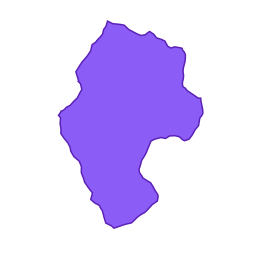 Agdash District, Ağdaş, Azerbaijan (Natural Earth projection), rotated 11°
{"feature_id": "54616110B75800990015815", "entity_name": "Agdash District", "entity_type": "district", "adm_level": 2, "iso_a3": "AZE", "parent_name": "Azerbaijan", "parent_adm1": "Ağdaş", "projection": "natural_earth1", "projection_center": [47.449, 40.556], "detail": "fine", "context": "isolated", "style": "filled", "palette": "violet", "viewbox_px": 256, "rotation_deg": 11, "n_neighbors": 0, "source": "geoboundaries", "source_scale": "gbopen_adm2", "svg_char_len": 1805}
<svg xmlns="http://www.w3.org/2000/svg" viewBox="0 0 256 256"><g transform="rotate(11 128 128)"><path d="M165.8,39.4L162.1,39.3L158.2,39.5L154.9,41.3L151.3,40.1L147.6,35.6L144.1,34.7L138.8,34.1L135.6,31.2L131.0,29.2L129.8,30.0L127.1,33.2L123.1,34.7L119.0,33.9L115.0,32.7L110.0,31.2L104.7,27.8L100.5,27.8L93.1,28.5L87.5,27.0L87.4,28.1L87.0,32.4L85.3,36.0L85.1,40.8L83.2,44.3L81.5,46.8L79.8,50.1L76.9,52.9L76.6,59.5L74.3,65.0L70.2,72.2L67.9,77.9L66.1,82.8L71.1,92.2L70.9,92.2L73.0,93.7L75.3,99.0L74.1,102.6L72.5,108.2L69.8,111.9L67.0,116.7L63.6,119.4L61.8,122.3L59.4,124.3L59.2,124.2L58.8,125.3L58.0,127.7L57.3,128.7L59.8,130.9L60.6,136.9L62.4,141.8L63.2,146.3L66.9,150.0L71.8,154.1L74.7,157.8L76.4,161.9L80.3,166.4L86.4,169.8L89.6,174.7L90.7,180.8L94.1,186.2L95.8,189.5L101.2,194.8L105.5,198.5L105.1,205.3L109.6,207.9L114.5,209.4L117.2,212.8L118.6,214.1L120.7,218.4L121.6,220.4L124.4,225.6L130.2,227.1L132.9,228.7L133.3,229.0L136.8,227.0L142.5,223.7L145.4,222.3L149.6,220.4L151.4,217.9L154.0,214.0L154.6,213.3L157.2,210.5L160.5,207.8L162.5,205.0L164.2,202.2L166.3,198.7L170.7,194.1L170.7,193.3L170.7,189.7L170.0,187.8L166.0,183.6L164.0,181.0L160.6,177.4L155.9,175.7L152.0,174.1L151.4,173.1L147.9,169.7L146.7,166.7L147.3,161.7L147.6,157.0L149.3,152.9L150.5,149.2L151.4,144.7L152.4,139.5L153.1,136.4L156.0,134.1L162.0,131.1L166.8,131.1L170.5,127.8L175.6,126.6L180.3,126.8L183.4,128.9L185.8,129.7L186.8,129.2L190.1,127.3L192.3,122.8L194.3,116.8L196.8,112.2L196.6,104.6L198.2,101.3L198.7,99.3L197.8,95.6L194.4,87.5L193.7,84.8L191.4,85.3L188.3,84.0L185.8,82.9L181.7,81.2L179.0,80.0L176.5,77.9L174.1,77.1L173.3,75.3L172.7,72.6L172.9,69.8L172.6,65.9L171.3,62.4L170.9,58.9L171.0,55.9L171.3,51.8L171.0,48.5L170.3,44.9L168.4,42.4L166.4,40.8L165.8,39.4Z" fill="#8b5cf6" stroke="#5b21b6" stroke-width="1.5"/></g></svg>